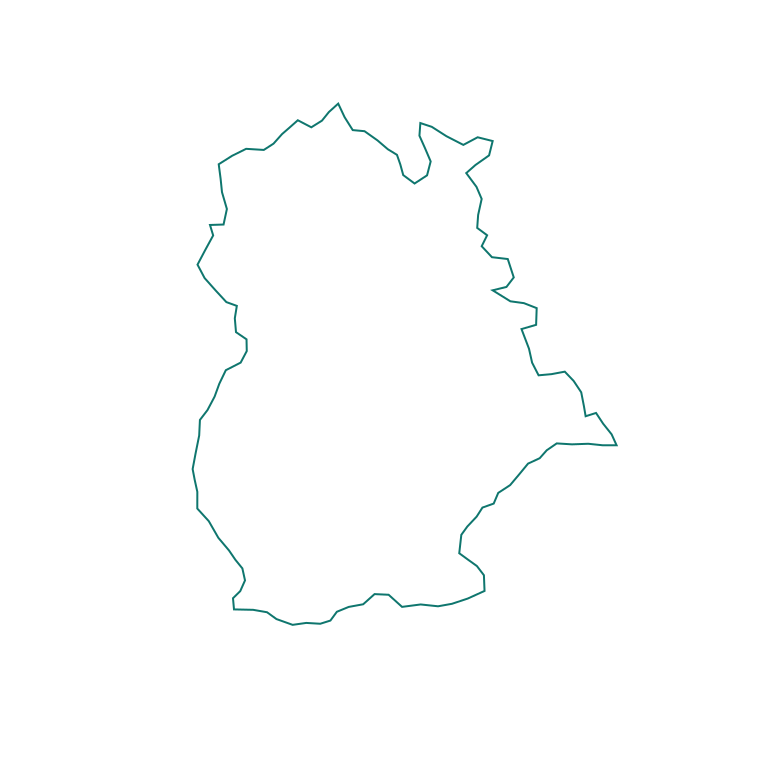 Paraí, Rio Grande do Sul, Brazil (Robinson projection), rotated 113°
{"feature_id": "56859067B73323453228912", "entity_name": "Paraí", "entity_type": "district", "adm_level": 2, "iso_a3": "BRA", "parent_name": "Brazil", "parent_adm1": "Rio Grande do Sul", "projection": "robinson", "projection_center": [-51.795, -28.595], "detail": "fine", "context": "isolated", "style": "outline", "palette": "teal", "viewbox_px": 768, "rotation_deg": 113, "n_neighbors": 0, "source": "geoboundaries", "source_scale": "gbopen_adm2", "svg_char_len": 1822}
<svg xmlns="http://www.w3.org/2000/svg" viewBox="0 0 768 768"><g transform="rotate(113 384 384)"><path d="M221.4,602.8L233.3,613.0L246.3,622.0L258.9,614.6L270.7,608.1L284.3,597.0L299.9,594.0L305.6,606.3L314.0,599.3L330.4,600.9L347.0,602.3L356.6,590.5L363.7,575.5L370.2,561.1L369.6,550.0L381.8,547.0L394.1,540.5L396.6,528.0L407.3,523.2L420.3,524.3L433.1,535.0L448.1,535.7L461.8,535.0L477.0,536.3L489.0,539.4L503.6,534.0L521.6,530.3L537.1,526.9L546.2,520.8L556.2,513.7L571.6,507.2L578.7,491.7L590.3,476.4L597.8,461.6L603.9,452.1L609.1,442.3L619.1,435.2L630.8,435.4L640.2,439.3L650.1,434.0L643.0,416.2L639.8,402.5L642.4,391.2L641.4,374.0L634.3,362.2L629.6,349.0L622.7,340.9L612.1,338.4L603.0,329.4L594.9,317.1L581.1,310.6L576.2,297.4L582.1,280.3L572.6,264.1L567.5,247.4L559.8,235.6L548.8,223.1L535.2,210.6L521.0,217.3L515.3,227.3L512.9,237.9L510.4,248.6L492.6,253.9L482.6,251.6L469.9,246.9L459.3,245.1L451.2,236.3L439.6,236.3L427.8,228.4L414.2,224.2L401.0,220.3L391.5,211.7L381.4,208.3L371.2,201.8L366.1,187.4L359.2,172.6L355.0,158.9L349.5,146.0L341.4,154.8L334.9,166.8L327.8,177.5L334.9,185.8L326.6,191.1L314.6,199.2L307.1,210.6L302.0,222.4L309.5,233.7L315.6,245.1L306.5,256.0L294.9,264.3L279.7,278.9L270.1,267.1L254.5,273.1L254.9,286.8L258.5,300.0L255.3,320.6L246.8,309.2L235.2,306.2L220.6,318.9L225.1,334.2L219.0,347.9L206.8,347.2L203.9,359.2L191.6,363.4L175.5,366.4L166.4,375.9L157.7,390.7L146.7,385.4L132.5,376.6L117.9,378.9L120.3,394.2L132.9,404.4L131.5,423.4L128.6,440.5L129.6,452.5L141.6,448.4L150.9,438.4L160.9,428.0L175.1,425.9L187.5,434.2L184.2,447.9L175.5,454.8L168.0,461.6L166.4,472.2L162.3,485.2L158.9,500.7L162.5,512.0L153.8,524.5L143.8,535.7L155.2,541.0L165.8,544.0L176.1,551.2L174.9,566.4L185.2,571.3L193.8,575.5L205.9,579.6L215.5,586.1L221.4,602.8Z" fill="none" stroke="#0f766e" stroke-width="2"/></g></svg>